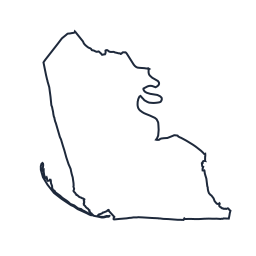 the district of Sfantu Gheorghe, Tulcea, Romania, rotated 83°
{"feature_id": "2599482B99417492783544", "entity_name": "Sfantu Gheorghe", "entity_type": "district", "adm_level": 2, "iso_a3": "ROU", "parent_name": "Romania", "parent_adm1": "Tulcea", "projection": "equal_earth", "projection_center": [29.46, 44.925], "detail": "fine", "context": "isolated", "style": "outline", "palette": "slate", "viewbox_px": 256, "rotation_deg": 83, "n_neighbors": 0, "source": "geoboundaries", "source_scale": "gbopen_adm2", "svg_char_len": 5775}
<svg xmlns="http://www.w3.org/2000/svg" viewBox="0 0 256 256"><g transform="rotate(83 128 128)"><path d="M71.2,100.7L71.6,101.1L71.4,101.3L71.1,102.7L70.6,104.5L70.1,107.1L69.6,109.6L69.2,111.2L68.8,111.9L68.3,112.6L67.4,113.5L66.7,114.0L65.8,114.6L55.6,119.4L54.3,120.0L53.0,120.8L52.6,121.3L52.5,121.8L52.5,122.5L52.4,122.8L52.3,123.6L52.3,124.0L52.5,124.3L53.4,125.5L53.6,126.0L53.6,126.3L53.0,126.8L52.9,127.1L52.8,127.9L52.7,128.3L52.2,129.5L51.3,132.0L50.9,132.5L50.7,132.9L50.5,134.9L50.4,135.9L50.1,136.8L49.9,137.3L49.6,137.6L48.6,138.6L48.2,139.1L48.1,139.5L48.1,140.2L48.3,140.8L48.6,141.0L49.7,140.9L50.2,141.0L51.6,141.5L52.1,142.0L52.0,142.7L52.2,144.4L52.2,144.8L51.7,145.1L50.4,146.0L48.5,147.7L48.4,148.0L48.5,148.7L48.6,149.6L48.4,150.1L48.2,150.6L47.7,151.4L47.0,152.4L46.8,152.8L46.6,153.6L46.4,154.2L46.3,154.4L45.2,154.9L44.7,155.3L44.3,155.8L43.6,157.1L43.0,157.9L41.9,159.0L40.6,160.2L39.5,161.0L38.7,161.5L37.7,161.8L36.8,162.1L36.5,162.2L28.4,167.2L26.3,168.5L25.8,168.9L26.1,169.0L26.3,169.0L26.6,169.2L26.7,169.5L26.9,170.4L27.0,172.9L27.1,174.0L27.0,176.2L27.1,176.5L27.3,176.9L27.6,177.4L28.1,178.1L30.4,181.8L31.0,182.7L32.0,183.7L36.1,187.7L49.9,201.5L51.4,202.9L52.6,203.9L65.4,202.9L70.1,202.4L71.0,202.2L71.8,202.2L77.9,201.2L87.7,201.1L96.0,201.3L98.0,200.8L99.6,200.7L102.8,200.4L105.1,200.4L107.7,200.2L108.9,199.8L110.0,199.8L112.5,199.5L114.5,199.0L128.7,196.7L131.1,195.9L137.6,194.8L142.4,193.9L149.8,192.8L156.7,191.4L159.3,190.6L161.7,189.9L163.6,189.8L166.6,189.5L168.6,189.2L170.2,188.9L176.2,188.8L178.7,189.0L179.4,189.3L181.7,188.9L182.4,189.1L183.8,189.8L185.3,189.0L185.5,188.7L186.0,188.3L186.8,188.1L187.9,187.1L188.3,187.2L188.4,186.9L188.8,186.2L190.2,185.1L190.2,184.9L190.7,184.4L191.1,183.7L191.3,183.1L192.0,182.3L192.5,181.1L193.4,180.0L193.6,180.0L193.7,180.5L194.2,180.7L194.5,180.5L195.2,180.7L195.9,180.4L196.2,180.4L196.6,180.8L197.4,180.8L197.6,181.1L198.0,181.0L198.8,181.2L200.3,180.0L201.5,179.4L202.9,178.1L203.1,177.7L204.9,176.6L205.4,176.6L205.3,176.3L206.3,176.2L207.0,175.8L208.1,175.5L208.0,175.2L208.4,174.6L208.8,174.5L209.7,173.7L209.2,176.0L205.1,181.5L204.0,183.3L202.8,184.3L201.7,187.3L200.0,189.1L198.3,190.8L196.3,194.5L194.1,196.3L192.7,197.7L189.9,201.0L188.8,202.1L187.0,203.6L184.6,206.2L183.0,207.9L181.5,208.5L180.1,210.1L177.7,210.6L176.5,210.4L173.2,211.2L170.9,211.0L169.9,211.2L169.8,211.8L170.6,212.1L170.6,213.2L170.7,214.0L169.6,214.6L168.0,214.6L167.0,214.8L167.7,215.7L166.9,216.2L165.0,216.9L162.4,217.0L160.9,217.0L159.3,216.8L159.9,217.9L158.1,217.6L154.5,216.7L152.9,216.7L152.3,217.2L153.1,218.3L155.3,219.2L158.9,219.6L166.5,218.4L174.5,214.8L183.4,209.4L190.3,202.5L197.7,193.9L199.1,191.5L202.4,187.8L204.5,184.3L207.7,179.1L209.3,176.8L210.0,175.5L210.4,173.5L211.0,172.6L212.4,168.3L213.6,165.0L213.8,163.0L213.6,161.0L213.4,159.7L213.7,158.6L213.5,157.6L213.0,157.1L212.9,157.2L213.1,158.2L212.7,159.9L213.3,163.1L212.9,165.5L212.0,168.1L211.7,169.4L211.6,169.1L210.3,167.6L209.7,164.5L208.9,163.2L209.0,163.1L208.1,159.6L207.8,158.9L207.4,158.5L207.1,158.1L206.9,157.4L207.1,157.1L208.1,157.1L208.4,156.8L214.6,152.4L215.5,153.2L216.7,153.4L217.0,153.1L217.1,152.1L217.2,147.5L217.5,140.4L217.4,137.5L217.5,135.9L217.4,133.4L217.8,130.1L217.8,128.6L218.7,123.4L220.2,115.4L221.3,108.9L221.6,108.3L221.6,107.5L222.5,104.1L223.3,99.1L225.1,90.2L225.8,85.2L226.0,84.1L224.6,83.1L225.3,82.4L225.8,77.4L226.4,73.6L227.0,69.2L227.4,63.1L227.8,58.8L228.4,54.9L228.8,51.2L229.4,48.0L229.6,47.1L229.5,46.7L229.5,45.8L229.7,45.0L229.4,44.2L230.2,39.0L227.2,38.0L225.1,37.4L223.8,36.9L222.6,36.4L222.4,36.6L221.8,37.2L220.1,38.3L219.9,38.7L219.9,39.1L220.2,39.7L220.3,40.3L220.0,40.9L220.1,41.2L219.9,41.6L220.0,41.9L219.9,42.3L219.9,42.8L219.7,43.3L219.2,43.7L219.2,44.4L218.9,44.8L218.2,45.2L218.1,45.6L217.8,45.9L217.3,46.4L216.8,46.8L216.4,46.9L216.0,46.9L215.2,46.7L214.5,46.2L213.9,46.4L214.1,46.7L214.2,47.4L214.3,48.3L214.1,48.8L213.8,49.2L212.3,50.2L211.0,51.0L208.3,51.6L206.9,52.4L205.2,53.4L204.3,54.4L202.5,55.6L200.7,56.0L200.1,56.1L198.8,56.2L197.5,56.2L196.6,56.1L195.5,56.4L195.1,56.4L192.5,56.4L187.9,56.4L186.6,56.6L185.0,56.9L182.4,57.3L179.7,57.3L179.4,57.4L179.5,58.0L179.3,58.4L179.3,58.7L179.2,59.1L177.7,59.0L175.7,58.1L175.3,58.8L175.0,58.9L174.6,59.0L172.0,59.0L171.9,59.0L171.7,58.8L171.8,58.8L171.9,58.4L171.9,58.2L170.7,57.9L170.1,57.4L170.0,56.9L170.0,56.1L170.0,55.7L170.1,55.4L169.8,55.5L165.6,54.9L165.3,54.7L163.5,54.5L163.2,54.5L163.3,54.7L163.3,55.0L163.0,55.6L161.8,56.4L159.6,58.2L154.6,63.2L153.1,64.9L152.4,65.7L148.5,70.6L147.2,72.3L144.1,76.7L143.9,77.2L142.6,79.1L141.6,79.7L141.5,79.9L141.0,82.0L140.8,83.0L140.9,83.4L141.1,84.0L141.8,86.6L142.7,90.1L142.5,93.7L142.5,96.2L142.6,96.5L142.7,97.3L143.4,98.3L143.5,99.4L143.3,100.8L143.0,101.6L141.7,100.4L139.3,99.0L138.8,98.9L136.0,98.3L133.6,97.8L129.4,97.5L127.3,97.4L126.0,97.4L122.9,98.5L121.2,100.1L118.3,104.8L116.2,108.6L115.2,110.3L114.5,111.2L113.7,112.2L112.9,113.0L112.3,113.7L111.4,114.4L110.8,114.8L109.9,115.2L109.1,115.5L107.3,115.7L106.3,115.7L104.9,115.5L103.8,115.3L103.1,115.2L102.1,114.8L101.9,114.7L101.5,114.6L100.8,114.4L99.2,113.5L98.2,112.8L97.7,111.7L98.8,110.9L100.3,109.9L100.7,109.5L101.8,108.8L102.5,108.3L103.3,107.2L104.5,105.6L105.4,103.9L106.0,101.1L106.3,99.4L106.4,97.0L106.4,95.2L106.3,93.6L106.0,92.5L105.0,91.6L104.1,91.1L103.3,90.9L102.0,91.0L100.5,92.2L98.8,94.8L97.3,100.0L96.8,101.8L95.3,105.1L94.2,106.6L92.8,107.6L91.3,108.0L90.7,107.8L89.1,103.6L88.8,101.9L88.9,100.2L89.3,98.8L90.9,95.7L90.4,94.4L89.8,93.3L88.8,92.2L88.0,91.8L86.8,91.7L85.9,92.1L85.0,92.6L83.1,95.1L81.1,97.8L78.8,99.8L77.8,100.4L76.8,100.7L75.3,100.8L73.8,100.6L72.8,100.4L72.2,100.2L72.0,99.7L71.2,100.7Z" fill="none" stroke="#1e293b" stroke-width="2"/></g></svg>